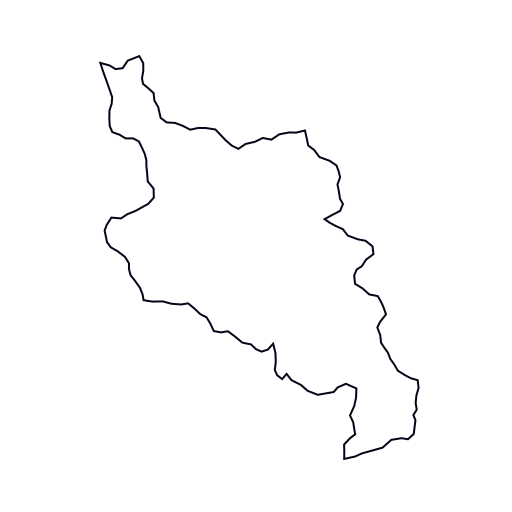 the district of Alto Jequitibá, Minas Gerais, Brazil, rotated 84°
{"feature_id": "56859067B47347238536955", "entity_name": "Alto Jequitibá", "entity_type": "district", "adm_level": 2, "iso_a3": "BRA", "parent_name": "Brazil", "parent_adm1": "Minas Gerais", "projection": "robinson", "projection_center": [-41.949, -20.439], "detail": "fine", "context": "isolated", "style": "outline", "palette": "ink", "viewbox_px": 512, "rotation_deg": 84, "n_neighbors": 0, "source": "geoboundaries", "source_scale": "gbopen_adm2", "svg_char_len": 2293}
<svg xmlns="http://www.w3.org/2000/svg" viewBox="0 0 512 512"><g transform="rotate(84 256 256)"><path d="M467.0,189.5L465.8,178.6L463.4,171.3L459.8,150.1L453.0,140.7L452.4,130.4L454.1,124.0L449.4,117.7L436.0,114.6L430.6,116.1L425.6,112.2L419.1,112.6L411.6,111.1L404.1,108.1L396.4,108.2L393.7,114.9L390.2,120.1L384.9,126.9L378.0,130.0L372.4,133.2L365.7,135.0L360.8,137.9L355.3,140.7L347.7,140.7L339.7,142.8L334.6,139.6L327.6,132.8L319.4,134.8L314.0,136.7L308.6,139.1L306.0,147.5L299.4,153.4L294.0,160.4L285.7,160.4L280.0,157.3L277.1,151.7L271.1,146.9L266.4,139.0L258.6,139.1L252.3,145.5L250.0,153.1L245.3,162.6L238.4,166.8L234.2,174.0L230.4,179.5L226.5,183.9L223.2,176.0L219.9,167.6L213.4,164.1L207.8,166.5L200.6,166.8L193.4,167.5L186.4,164.1L180.1,165.0L174.4,166.5L169.1,172.7L164.2,182.6L156.6,187.1L151.6,192.5L143.8,193.3L136.3,194.2L137.5,203.2L136.6,210.1L137.4,220.0L141.9,228.6L139.3,236.9L142.3,245.0L143.5,254.7L147.6,262.3L143.8,268.4L137.5,274.3L131.3,279.0L125.9,283.2L123.5,292.4L122.6,300.0L123.5,308.2L118.8,315.4L115.2,322.6L113.8,330.9L108.7,336.4L97.7,337.7L90.8,340.8L83.3,340.8L77.1,346.3L73.0,350.4L67.3,350.8L59.9,348.7L52.4,348.0L45.0,351.2L48.3,363.1L55.3,369.0L55.4,376.2L51.2,381.7L47.7,390.6L56.0,388.9L66.1,386.4L74.5,384.4L83.1,382.4L89.7,383.7L95.9,386.5L103.8,387.5L111.6,387.9L117.8,385.9L121.2,378.9L125.4,373.4L126.2,365.9L129.8,360.5L135.8,358.3L142.7,356.0L149.1,355.0L154.8,355.6L162.5,355.6L170.5,355.9L178.2,350.8L187.2,351.5L192.9,357.7L195.3,363.5L198.5,371.0L201.0,379.6L204.5,386.4L202.7,395.8L209.6,401.3L214.9,403.9L220.6,403.3L226.7,402.7L232.2,399.5L236.9,393.0L243.2,386.4L250.0,383.1L255.6,383.7L262.0,382.8L266.9,379.6L275.3,374.8L282.4,372.8L288.2,372.4L290.5,363.9L291.4,353.5L294.7,344.9L296.4,335.4L296.0,328.5L301.5,323.0L308.0,317.5L311.8,311.6L318.2,308.6L326.2,305.8L328.3,298.9L327.9,291.8L334.0,285.2L340.7,278.7L343.4,270.2L348.6,265.8L351.7,260.5L350.3,254.0L345.0,248.1L354.5,246.8L363.4,247.4L371.4,249.2L376.8,247.4L381.2,242.8L376.4,237.9L383.2,233.7L388.9,224.8L395.5,218.7L400.5,209.1L399.9,200.5L399.4,192.9L395.2,188.5L392.5,179.9L398.2,170.0L407.4,171.3L415.5,174.0L424.4,179.2L431.6,176.7L437.8,176.4L443.7,176.0L447.0,181.5L452.7,188.1L460.4,188.7L467.0,189.5Z" fill="none" stroke="#020617" stroke-width="2"/></g></svg>